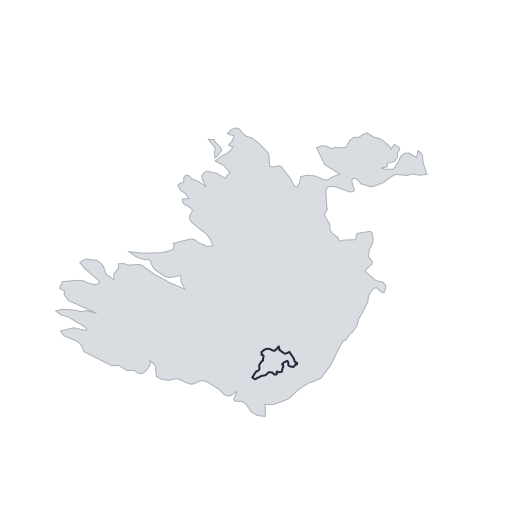 location of Carlow within Ireland, rotated 41°
{"feature_id": "IRL-77", "entity_name": "Carlow", "entity_type": "County", "adm_level": 1, "iso_a3": "IRL", "parent_name": "Ireland", "parent_adm1": "", "projection": "orthographic", "projection_center": [-6.775, 52.691], "detail": "fine", "context": "in_parent", "style": "outline", "palette": "slate", "viewbox_px": 512, "rotation_deg": 41, "n_neighbors": 0, "source": "natural_earth", "source_scale": "10m", "svg_char_len": 5874}
<svg xmlns="http://www.w3.org/2000/svg" viewBox="0 0 512 512"><g transform="rotate(41 256 256)"><path d="M317.1,96.3L308.3,102.4L306.9,104.8L304.4,114.2L304.1,116.9L298.4,127.4L295.3,129.5L290.6,131.2L287.9,132.8L284.6,131.9L280.4,132.0L278.3,133.9L278.3,135.3L279.6,137.0L287.3,142.0L286.8,144.0L284.6,146.2L270.5,151.7L266.2,155.0L264.7,157.3L266.1,161.1L277.2,172.6L279.1,173.9L280.6,180.5L290.6,183.4L294.6,187.6L298.1,188.7L305.7,188.4L308.8,190.0L310.5,188.8L311.6,186.6L320.2,178.6L317.5,172.6L326.2,162.3L328.6,162.5L332.6,165.6L335.9,170.0L336.9,175.8L340.1,181.1L342.1,182.9L347.6,183.9L348.9,186.0L347.9,193.6L348.8,196.1L362.8,195.9L368.4,192.5L373.2,193.1L375.6,196.5L376.7,200.0L372.6,201.3L368.2,200.6L366.1,203.0L366.0,207.4L367.5,213.1L370.4,217.1L372.8,226.2L374.9,236.4L378.0,242.4L378.7,250.0L378.2,253.8L378.9,260.5L377.6,262.8L378.6,269.1L384.0,289.4L385.2,305.2L382.7,311.2L379.3,316.9L377.1,323.6L375.4,330.8L374.4,342.4L367.0,356.1L363.8,359.5L360.1,361.6L368.3,371.1L361.6,375.4L354.3,376.8L346.3,374.4L341.2,374.7L334.8,379.6L333.4,378.7L330.4,370.9L328.1,379.0L323.5,381.5L315.5,380.9L302.2,383.0L297.0,385.2L294.8,388.8L293.2,392.9L291.1,395.4L288.7,396.6L278.4,399.6L276.3,400.8L271.4,407.4L265.1,411.2L259.8,412.3L255.3,408.3L253.4,405.9L251.3,404.6L244.2,404.7L246.4,405.9L247.8,408.7L248.4,414.0L247.5,419.2L243.9,421.7L239.7,422.1L233.0,427.3L224.2,428.6L219.3,433.4L190.0,440.8L188.4,440.9L184.5,438.6L180.2,437.5L175.8,438.0L163.5,442.2L157.6,441.0L165.6,429.7L175.9,424.2L177.0,422.7L173.7,421.8L154.5,425.1L147.7,428.2L141.0,428.9L144.3,423.8L153.2,416.9L160.7,412.5L164.1,408.3L173.3,403.8L143.9,412.6L136.4,411.0L134.7,408.2L128.7,409.2L126.8,402.3L136.1,392.5L141.3,388.4L147.5,386.3L153.5,383.2L155.8,379.1L153.1,377.7L135.7,377.9L127.4,376.6L128.0,373.3L129.7,369.8L138.6,363.9L143.3,363.1L147.5,363.9L154.6,368.0L164.5,367.2L160.5,363.0L160.2,354.9L157.2,352.0L161.3,348.4L166.0,346.3L173.8,338.8L176.6,337.8L191.6,336.4L207.9,332.9L224.0,327.7L215.9,324.3L212.1,320.0L205.6,328.3L200.9,331.3L188.1,332.6L184.0,331.5L178.4,328.7L176.6,329.6L174.9,331.6L166.2,335.3L157.3,336.0L168.0,328.8L181.6,316.5L184.7,312.6L189.1,305.7L187.9,302.5L185.3,300.6L195.3,286.4L198.7,283.9L204.7,283.7L209.2,281.5L211.2,281.6L213.0,280.8L217.0,276.5L211.1,273.6L205.0,272.0L185.8,272.8L183.3,272.4L181.0,270.9L179.5,269.0L178.6,264.0L177.2,262.8L172.9,262.7L168.6,264.0L165.7,263.7L162.9,261.4L167.7,256.6L161.8,255.2L155.7,255.9L150.8,254.1L150.8,251.0L153.2,247.9L150.4,244.8L149.9,241.0L153.2,239.2L156.6,240.0L163.8,237.5L172.9,236.5L165.2,233.5L162.3,231.0L162.3,227.3L163.0,224.3L172.2,219.4L181.8,217.5L181.2,214.0L182.0,210.3L172.5,208.8L162.9,211.1L164.2,204.0L166.8,197.6L167.4,193.4L167.1,188.9L162.6,190.6L162.4,184.2L160.7,179.7L154.1,182.4L154.5,176.6L156.6,172.7L160.0,171.1L163.4,172.0L169.7,172.2L175.8,169.4L184.6,169.0L198.5,170.4L207.7,179.3L210.2,177.9L214.3,172.6L216.1,172.0L230.4,174.8L239.3,178.2L241.7,177.3L240.6,171.2L237.6,167.0L241.6,161.6L246.4,158.0L249.5,156.2L256.8,154.1L260.0,152.0L262.3,145.0L265.7,139.2L247.6,141.9L230.6,134.5L233.4,129.6L237.1,127.0L243.4,125.0L244.1,122.4L247.3,120.4L252.6,114.9L250.9,107.6L252.0,102.3L255.8,98.9L257.1,93.9L258.9,90.2L266.4,89.1L273.8,85.8L285.0,85.5L287.8,86.9L287.3,80.9L292.5,80.2L294.6,81.4L295.4,85.7L297.8,88.4L298.5,93.2L296.8,96.8L294.1,99.6L296.5,102.6L292.6,107.7L296.8,105.6L302.7,100.5L302.5,96.3L301.5,91.1L299.9,86.3L300.7,81.1L304.1,77.8L312.7,76.3L309.2,70.3L312.3,69.8L315.7,71.1L320.7,75.7L331.4,82.3L326.1,88.0L319.7,91.9L317.1,96.3ZM161.2,206.2L160.8,209.0L156.7,205.3L154.9,201.4L143.4,199.1L148.4,195.6L150.7,196.8L158.8,197.4L161.0,199.0L161.2,206.2Z" fill="#d9dde1" stroke="#a8b0b8" stroke-width="1"/><path d="M337.8,311.4L339.4,311.1L341.3,311.0L341.8,310.8L342.3,310.4L342.9,309.4L344.2,306.5L351.4,308.5L353.4,309.5L353.9,310.0L354.8,310.3L355.2,310.3L355.6,310.3L356.0,310.2L356.3,310.0L356.8,309.7L357.1,309.8L357.3,309.9L357.6,310.1L357.7,310.4L357.9,310.8L357.9,311.2L357.8,311.4L357.6,311.5L357.3,311.6L357.1,311.8L357.0,312.0L357.0,312.4L357.1,314.4L357.1,314.8L357.0,315.2L356.9,315.5L356.6,315.7L355.4,316.1L354.9,316.5L354.4,316.9L353.8,317.1L353.5,317.2L352.7,317.2L352.0,317.1L351.7,316.9L351.5,316.7L351.3,316.4L350.9,315.9L350.7,315.7L350.5,315.4L349.1,314.7L348.8,314.6L348.5,314.6L348.3,314.9L348.1,315.2L347.9,315.9L347.3,317.1L347.0,317.7L346.8,318.4L346.8,318.9L346.7,319.5L346.7,320.3L346.9,320.7L347.1,320.8L347.7,320.5L348.0,320.5L348.5,320.8L349.3,321.9L349.5,322.5L349.6,323.3L349.8,323.7L350.1,324.1L350.3,324.4L351.4,326.2L349.9,328.4L349.0,329.0L348.0,329.1L347.8,329.4L347.7,329.7L347.7,330.1L347.8,330.4L348.0,330.6L348.2,330.8L348.7,331.0L348.9,331.1L349.1,331.3L349.2,331.6L348.9,332.1L348.4,332.8L348.0,333.2L347.6,333.4L347.3,333.5L346.9,333.5L346.5,333.5L345.5,333.2L344.8,333.3L344.1,333.7L342.6,334.7L342.0,335.3L341.7,335.9L341.6,338.4L341.5,339.3L341.1,340.1L338.7,343.1L338.4,343.7L338.3,344.3L338.1,345.0L337.0,347.0L336.8,347.6L336.6,348.8L336.4,349.2L336.2,349.5L335.6,349.8L335.3,349.9L332.9,350.0L332.0,344.3L332.0,342.7L332.6,341.9L332.7,341.6L332.8,341.2L333.0,340.0L332.9,339.6L332.8,339.1L332.3,338.5L330.7,337.1L330.3,336.6L330.0,336.0L329.9,335.4L329.7,334.6L329.5,332.8L329.4,331.9L329.5,331.3L329.6,330.9L329.8,330.5L329.8,330.2L329.5,329.8L329.0,329.4L328.6,328.9L327.8,327.2L327.5,326.8L327.2,326.4L326.9,326.3L326.5,326.2L326.2,326.3L325.5,326.8L325.2,326.9L324.9,326.8L324.6,326.5L324.3,325.9L324.1,325.6L323.8,325.4L323.2,325.1L323.1,324.9L323.3,324.5L323.5,324.1L323.4,322.9L323.6,322.2L324.0,320.9L324.5,319.6L325.7,318.4L327.4,317.2L331.1,316.1L331.7,315.7L332.2,315.3L332.4,313.7L332.5,313.3L332.4,310.8L332.6,309.5L333.9,310.3L334.4,310.7L334.8,311.2L335.0,311.4L335.3,311.6L335.5,311.7L336.0,311.5L336.4,311.2L337.8,311.4Z" fill="none" stroke="#1e293b" stroke-width="2"/></g></svg>